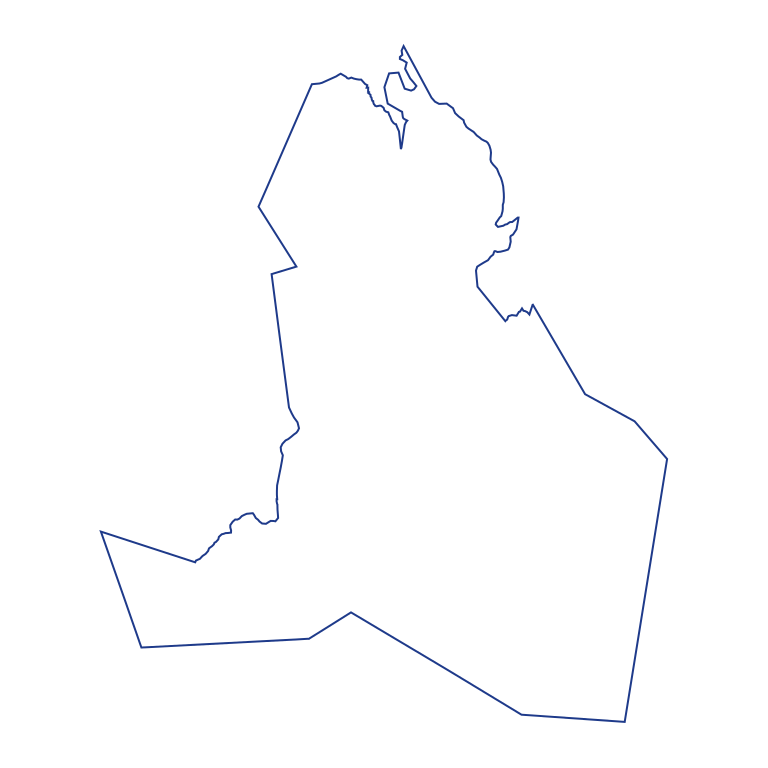 Calihualá, Oaxaca, Mexico (Equal Earth projection)
{"feature_id": "50627088B89954579529198", "entity_name": "Calihualá", "entity_type": "district", "adm_level": 2, "iso_a3": "MEX", "parent_name": "Mexico", "parent_adm1": "Oaxaca", "projection": "equal_earth", "projection_center": [-98.262, 17.554], "detail": "fine", "context": "isolated", "style": "outline", "palette": "blue", "viewbox_px": 768, "rotation_deg": 0, "n_neighbors": 0, "source": "geoboundaries", "source_scale": "gbopen_adm2", "svg_char_len": 3430}
<svg xmlns="http://www.w3.org/2000/svg" viewBox="0 0 768 768"><path d="M624.7,721.9L667.1,459.0L634.6,421.3L585.1,394.2L532.4,303.9L532.7,304.5L529.4,314.5L527.3,312.2L525.1,311.1L523.5,310.8L522.0,308.4L520.0,311.6L518.9,311.9L516.6,315.7L511.9,315.1L508.7,316.1L508.0,317.0L507.3,319.3L506.6,320.1L505.6,320.7L505.3,321.1L477.5,286.7L476.0,270.6L477.2,266.7L480.1,264.8L483.9,262.5L488.0,260.2L490.6,256.7L493.2,254.6L493.9,252.4L494.5,251.2L495.6,251.2L497.4,252.0L500.5,251.7L504.9,250.6L508.0,249.6L509.4,247.4L510.7,241.7L510.3,237.1L510.8,235.9L513.0,234.6L516.5,229.3L518.1,220.5L518.5,217.6L517.7,217.6L514.6,220.1L512.2,222.0L510.0,222.1L508.7,222.9L507.2,224.1L505.1,224.6L503.4,225.7L498.0,226.9L497.0,225.9L495.7,224.5L496.1,222.7L497.7,220.5L499.8,217.4L501.2,216.1L502.5,211.4L502.8,208.9L502.8,204.8L503.6,202.2L503.9,197.5L503.8,193.6L503.2,186.4L502.2,181.9L500.9,177.8L499.3,174.6L497.0,168.9L495.0,166.6L493.1,164.6L491.1,161.9L490.5,159.6L490.6,157.8L491.0,152.7L490.6,149.7L489.4,145.7L487.8,142.9L486.4,141.6L484.3,140.7L481.5,139.2L479.8,137.7L476.8,135.5L473.7,132.0L468.4,128.5L466.4,126.8L464.1,122.6L463.6,120.2L458.7,116.5L455.1,113.1L453.0,108.2L450.9,106.7L446.7,103.6L444.0,103.7L439.1,103.9L435.0,101.7L431.5,97.7L403.6,46.1L401.6,50.6L402.3,54.9L399.9,57.0L399.9,59.0L402.8,60.2L406.7,62.6L405.1,68.8L410.2,78.5L413.3,82.1L416.4,86.0L414.0,89.3L411.1,90.6L404.7,88.7L398.5,72.6L389.1,73.4L384.4,87.2L387.7,103.6L400.3,110.9L402.1,111.8L402.8,116.9L403.2,118.1L403.7,118.6L404.6,119.2L407.3,120.6L406.1,122.0L404.8,124.8L404.5,126.6L402.7,139.2L402.1,143.5L402.0,144.0L401.7,145.8L401.5,147.4L400.9,149.1L399.7,137.7L399.0,131.4L397.2,127.3L396.0,124.2L395.3,124.2L393.6,123.1L391.7,120.6L390.0,116.3L389.3,115.1L388.3,112.3L386.1,111.7L384.4,110.3L383.6,107.8L381.3,105.9L380.0,105.6L376.5,106.3L375.0,105.7L374.6,104.8L373.9,104.2L373.3,102.5L373.2,101.1L372.4,100.9L371.9,99.8L371.7,99.1L371.5,97.6L370.6,96.6L370.5,94.8L369.3,93.8L368.2,92.9L369.0,92.1L368.1,91.4L368.2,87.6L366.6,87.7L367.3,85.2L365.1,84.0L361.2,79.6L359.1,79.6L356.5,79.2L353.9,78.6L351.3,77.6L348.8,78.6L347.3,78.2L346.0,76.8L340.7,73.7L338.7,74.8L336.2,76.4L322.0,82.8L319.4,83.5L311.9,84.2L266.1,189.4L258.5,206.7L296.4,266.6L271.6,274.1L279.7,336.6L289.0,407.5L291.8,413.5L294.0,417.5L297.5,422.3L299.0,428.3L297.9,430.7L296.4,432.7L293.9,434.5L291.3,436.7L288.2,439.1L285.6,440.4L282.5,443.7L280.7,447.3L281.1,451.3L282.8,455.2L282.8,455.5L281.9,461.1L280.7,467.6L279.5,473.5L278.1,480.6L277.1,485.4L276.9,490.9L276.9,495.0L277.2,499.2L276.6,499.2L276.6,501.3L277.1,503.9L277.4,504.4L277.5,509.6L277.7,512.2L278.0,516.0L278.1,518.0L275.4,521.3L273.7,521.0L270.7,520.9L269.0,521.9L266.0,523.8L262.1,523.5L259.5,521.5L258.1,519.8L255.8,518.0L254.0,514.8L252.8,513.2L246.7,513.8L244.4,514.8L241.8,516.1L239.4,518.6L237.3,519.6L235.2,519.5L232.7,521.7L230.3,525.1L230.3,527.5L231.1,530.4L231.0,532.6L227.9,533.0L225.6,533.1L223.7,533.8L221.7,534.3L218.9,536.9L218.3,539.4L215.9,542.0L214.5,542.7L213.8,544.4L212.1,546.1L210.3,547.4L209.0,548.4L208.1,551.0L205.6,553.9L202.5,556.0L199.8,558.9L198.3,559.5L195.9,560.6L195.2,562.3L100.9,531.6L125.1,600.7L130.2,615.4L131.9,620.3L134.7,628.3L137.0,634.9L139.8,643.0L141.4,647.5L146.1,647.3L286.0,640.0L295.9,639.5L307.4,638.8L309.0,638.8L309.5,638.4L325.2,628.6L351.0,612.4L439.0,664.8L455.0,674.4L521.5,714.7L624.7,721.9Z" fill="none" stroke="#1e3a8a" stroke-width="2"/></svg>